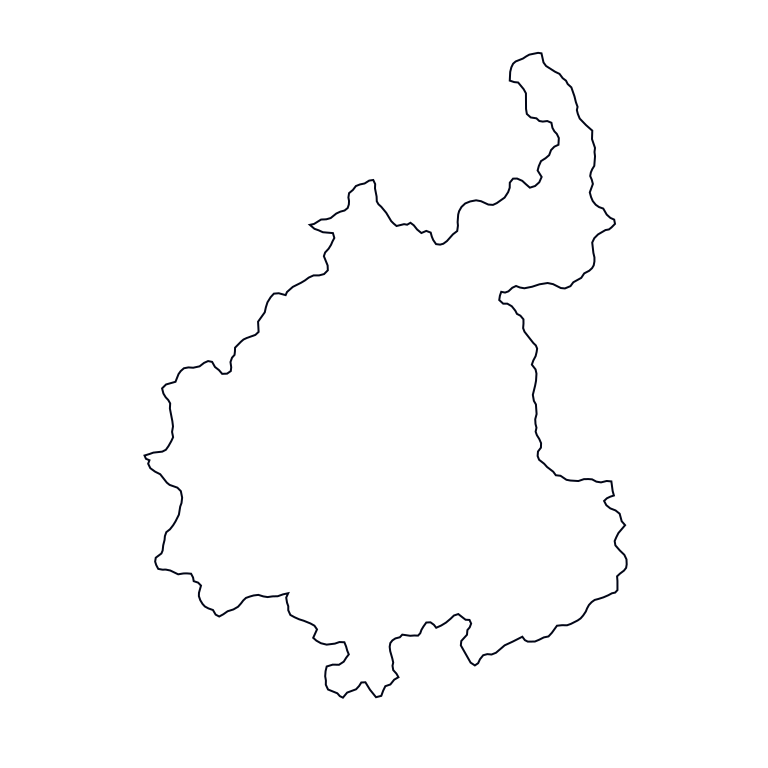 outline of Medina, Minas Gerais, Brazil, rotated 173°
{"feature_id": "56859067B34003853374610", "entity_name": "Medina", "entity_type": "district", "adm_level": 2, "iso_a3": "BRA", "parent_name": "Brazil", "parent_adm1": "Minas Gerais", "projection": "orthographic", "projection_center": [-41.531, -16.312], "detail": "fine", "context": "isolated", "style": "outline", "palette": "ink", "viewbox_px": 768, "rotation_deg": 173, "n_neighbors": 0, "source": "geoboundaries", "source_scale": "gbopen_adm2", "svg_char_len": 6141}
<svg xmlns="http://www.w3.org/2000/svg" viewBox="0 0 768 768"><g transform="rotate(173 384 384)"><path d="M180.0,148.8L177.4,151.0L176.3,160.1L176.1,164.7L172.8,167.1L168.6,169.5L166.1,172.0L165.1,175.4L164.7,180.4L166.3,185.2L170.2,190.0L174.0,195.6L174.2,200.0L172.1,203.6L169.5,207.5L161.9,214.5L164.8,218.8L165.9,226.5L169.6,230.3L174.6,233.0L178.1,236.6L179.8,241.1L176.7,243.4L173.1,244.6L169.4,245.3L170.1,249.9L170.2,259.6L174.8,260.6L180.6,259.9L185.1,261.2L189.1,264.0L192.5,264.7L197.1,265.2L202.9,264.0L210.9,265.5L214.6,266.7L220.0,271.4L224.6,272.5L226.7,276.3L232.3,281.8L234.8,285.4L239.3,289.9L240.3,293.8L239.4,298.2L236.0,301.7L235.3,306.1L236.6,310.5L238.5,314.6L239.3,318.2L238.0,322.0L238.5,325.9L238.2,330.6L236.2,335.6L235.7,345.2L237.3,349.0L237.6,355.1L234.2,364.0L232.7,368.7L231.4,375.7L231.8,380.0L234.9,385.2L232.9,389.2L230.1,393.2L228.6,397.2L227.7,400.5L228.6,403.8L230.8,406.5L238.2,418.8L239.1,422.5L238.2,426.9L237.7,431.2L240.3,435.2L243.5,437.4L244.7,440.7L247.7,445.6L251.8,448.7L255.9,449.2L259.4,453.3L258.2,457.5L256.4,461.2L252.7,460.0L249.2,460.8L244.9,463.9L241.0,465.2L237.3,463.2L233.0,461.9L225.1,462.5L217.5,464.0L209.3,464.3L204.0,462.5L196.8,457.7L192.8,456.8L187.0,458.4L183.7,461.9L175.3,465.3L171.8,469.4L166.5,471.4L163.4,473.6L161.4,476.2L160.2,480.0L159.7,484.0L160.2,488.6L160.1,499.0L157.5,503.1L153.3,506.4L145.4,509.8L141.9,510.0L139.1,511.7L135.2,514.8L135.5,519.1L139.1,521.3L142.3,525.0L145.0,531.4L149.0,533.4L152.0,536.1L154.5,540.1L155.7,544.3L156.4,549.1L152.3,557.1L152.9,561.5L154.0,565.3L152.9,568.8L151.1,571.9L148.7,574.9L146.8,584.3L146.8,588.6L145.8,592.6L147.7,601.7L146.4,610.1L151.9,616.3L157.4,623.6L158.7,628.5L159.2,632.4L158.1,635.5L159.2,640.4L159.9,646.3L161.9,655.6L165.1,659.3L166.4,662.9L169.4,665.8L172.0,670.4L176.2,673.1L184.4,679.9L186.5,683.7L187.4,693.0L190.7,693.9L199.6,693.2L202.8,691.9L206.4,690.1L214.0,688.1L216.8,686.2L219.0,682.8L220.7,678.4L222.2,669.8L218.0,667.8L214.1,666.9L209.5,659.7L207.7,655.2L209.5,639.7L209.3,634.6L205.9,630.7L200.3,629.1L197.8,626.1L194.4,625.1L189.9,625.1L186.0,622.9L185.6,617.7L184.1,614.0L182.0,611.2L180.5,606.8L181.7,600.2L186.0,598.8L189.7,595.8L192.2,591.0L196.0,588.5L201.0,586.1L203.8,581.4L205.5,577.2L202.3,570.3L205.3,565.3L209.9,562.1L215.3,561.1L218.8,565.0L222.0,568.8L226.9,571.7L230.9,572.1L234.6,568.5L235.3,563.5L237.4,559.3L241.6,554.3L250.0,549.8L254.0,548.5L258.6,549.4L265.4,553.6L270.2,555.1L276.2,554.7L281.4,553.3L285.5,550.3L288.4,546.4L289.7,543.2L291.2,535.7L291.3,532.2L292.7,526.9L297.3,524.2L304.1,518.2L308.0,516.0L311.3,515.5L315.3,516.5L317.6,520.9L318.6,524.5L319.2,528.6L323.4,530.8L328.5,529.3L332.3,533.3L335.1,537.9L338.1,540.8L341.6,539.3L344.6,540.2L352.3,539.3L354.9,542.1L357.0,544.8L360.9,553.6L365.1,560.2L367.6,563.1L368.9,566.2L368.5,570.9L369.1,579.3L368.4,583.5L369.8,587.8L373.9,587.7L378.8,585.4L383.5,585.0L387.8,583.9L391.2,580.4L395.4,577.7L396.6,573.5L396.4,569.9L397.0,566.5L398.6,563.1L402.0,561.0L406.3,560.4L410.6,559.0L416.7,555.2L421.3,554.5L426.4,554.9L433.9,551.4L438.2,551.0L434.1,546.5L430.1,544.5L426.2,542.1L416.3,540.0L415.5,535.0L417.8,531.7L419.6,528.6L422.5,525.0L426.4,521.7L428.1,518.2L425.5,508.5L425.9,503.7L430.1,500.4L435.2,499.7L440.6,500.4L445.7,498.8L449.9,496.4L454.0,494.6L462.7,491.5L469.1,487.1L470.8,484.2L477.4,486.9L482.3,487.1L485.9,484.0L489.7,479.3L491.9,474.5L493.6,469.7L501.4,461.2L502.1,451.0L505.7,448.4L514.6,446.4L518.0,445.3L520.7,443.5L527.4,438.2L528.0,434.4L528.8,431.1L531.6,428.7L533.7,424.5L533.6,419.2L534.5,415.5L538.5,413.4L543.4,413.8L546.1,417.9L549.7,421.5L551.9,426.9L555.8,428.2L560.0,426.9L564.9,424.0L571.4,423.4L576.1,424.3L580.7,424.0L584.2,421.6L586.7,418.9L590.7,411.6L600.4,410.1L604.8,406.7L604.1,401.4L602.3,397.4L600.1,394.4L598.6,390.8L599.5,385.7L598.6,372.9L598.6,367.6L600.2,362.3L599.8,356.9L602.1,353.2L605.5,348.6L608.5,345.3L612.3,343.9L621.3,344.0L625.2,343.1L630.4,342.2L629.4,338.8L626.1,336.9L627.8,333.6L626.2,328.9L621.9,324.9L617.1,321.7L611.6,312.6L609.1,310.0L601.7,306.3L598.7,302.4L598.2,295.8L599.5,290.5L601.2,287.2L603.5,279.3L607.7,273.0L610.5,269.5L614.1,265.9L618.1,263.5L620.0,259.7L620.8,256.0L622.8,250.8L624.0,245.7L625.6,242.9L631.7,239.4L632.8,235.6L632.1,231.9L630.6,228.0L626.5,226.7L623.2,226.4L618.8,224.9L611.5,220.2L606.2,220.4L603.0,220.1L598.6,219.2L597.1,215.2L596.9,211.5L592.7,209.5L590.2,206.2L593.1,199.3L593.6,196.0L592.7,191.8L590.9,187.8L588.9,185.0L585.7,182.7L581.3,180.5L579.2,175.6L575.9,173.3L571.6,175.0L566.9,177.5L560.9,178.6L556.0,180.7L552.6,183.7L550.1,186.3L547.1,188.5L543.0,189.4L539.2,190.0L534.4,190.0L529.7,187.9L525.5,186.7L520.6,186.8L515.3,186.3L509.9,187.5L504.6,188.0L507.1,183.9L506.9,178.8L506.1,175.1L506.6,171.1L505.1,166.2L501.2,163.4L496.9,160.8L492.5,158.8L486.2,155.3L482.5,152.6L480.4,148.6L485.2,140.7L482.4,137.5L478.2,134.4L472.7,132.3L464.4,132.3L459.7,133.3L454.8,132.5L453.6,128.0L453.0,123.9L451.9,119.9L454.8,117.0L457.8,113.3L462.9,110.8L469.0,111.7L475.3,110.6L477.0,106.1L478.0,101.1L477.8,96.8L478.4,92.6L476.8,87.6L468.0,82.7L465.9,79.6L463.0,77.7L458.2,82.2L448.9,84.4L445.5,87.3L442.9,90.5L438.8,90.2L435.2,82.3L430.1,74.1L424.7,74.8L422.2,79.7L419.5,83.9L414.3,85.0L409.9,89.3L405.4,91.2L406.9,94.9L409.7,98.9L409.9,103.3L408.8,106.4L409.2,110.5L410.4,118.1L410.4,122.5L409.3,126.1L406.9,128.5L403.7,130.1L399.1,130.7L396.4,133.0L388.7,130.9L384.6,130.7L380.9,130.1L378.4,132.2L376.8,135.4L374.4,138.5L371.1,142.1L366.9,141.8L363.8,138.9L361.9,135.7L356.7,137.3L351.6,139.6L346.5,142.9L342.8,145.7L338.3,146.6L331.8,140.1L327.9,139.4L326.7,135.6L328.6,132.0L331.2,129.6L332.2,125.0L338.6,119.5L339.6,115.2L332.0,96.9L328.1,93.6L324.6,95.4L322.3,99.1L318.6,102.7L314.4,103.3L310.2,102.4L305.6,103.6L296.1,109.9L287.7,112.6L277.5,116.3L275.4,112.6L272.7,110.8L269.3,110.4L265.6,110.0L261.0,111.3L256.3,113.0L251.5,113.4L247.7,116.6L241.8,123.0L236.5,122.9L231.8,122.2L227.8,123.1L220.6,125.7L217.4,127.4L214.5,130.0L211.4,133.6L209.8,136.5L207.5,139.7L204.5,142.2L201.2,144.0L197.5,144.5L192.2,145.5L187.1,147.0L183.3,148.5L180.0,148.8Z" fill="none" stroke="#020617" stroke-width="2"/></g></svg>